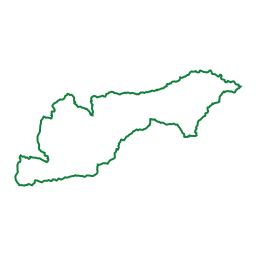 outline of Don Matías, Antioquia, Colombia
{"feature_id": "7082276B48814942020129", "entity_name": "Don Matías", "entity_type": "district", "adm_level": 2, "iso_a3": "COL", "parent_name": "Colombia", "parent_adm1": "Antioquia", "projection": "mercator", "projection_center": [-75.341, 6.502], "detail": "fine", "context": "isolated", "style": "outline", "palette": "green", "viewbox_px": 256, "rotation_deg": 0, "n_neighbors": 0, "source": "geoboundaries", "source_scale": "gbopen_adm2", "svg_char_len": 5734}
<svg xmlns="http://www.w3.org/2000/svg" viewBox="0 0 256 256"><path d="M240.6,86.5L239.4,86.3L238.8,86.1L238.8,85.1L238.3,84.6L236.5,84.5L235.6,84.0L234.3,81.9L233.6,81.3L232.2,81.5L231.3,82.2L230.5,82.2L227.8,80.9L226.8,82.3L225.6,82.1L224.8,81.5L224.7,80.2L223.9,79.7L222.0,79.3L221.1,78.6L221.0,77.7L221.6,76.0L221.5,75.4L221.1,75.0L220.7,74.8L219.9,74.8L219.0,76.4L218.6,76.6L218.0,76.5L215.3,74.3L214.1,74.1L213.0,74.2L212.4,74.0L211.9,73.3L211.4,71.5L210.4,70.4L209.7,70.5L208.2,72.0L206.9,72.4L203.2,71.8L201.9,71.1L200.1,70.5L199.4,71.4L199.4,72.0L198.8,72.4L197.1,72.3L196.2,71.8L195.8,71.1L193.3,71.8L191.5,71.4L190.1,72.3L188.8,74.8L187.3,75.0L185.3,76.5L184.4,76.5L183.6,77.2L182.9,77.3L182.1,77.9L181.7,77.9L180.3,77.3L179.5,80.1L178.8,80.5L178.2,81.1L176.5,81.4L175.8,81.8L174.5,81.4L172.9,81.6L171.9,82.0L170.8,83.5L169.4,83.6L168.8,84.2L167.3,84.0L166.5,85.3L166.7,86.2L164.5,87.1L163.7,88.2L161.3,88.5L159.7,89.4L158.5,89.7L157.6,89.6L157.2,89.7L157.2,90.2L156.8,90.4L155.6,90.3L154.0,91.1L152.7,90.7L151.8,90.7L151.2,91.2L150.5,91.2L150.1,91.7L149.1,91.6L147.7,92.2L146.9,92.2L146.3,92.0L144.3,93.0L142.7,92.3L141.3,92.7L140.6,92.6L138.8,94.3L138.0,93.9L137.1,94.3L136.4,94.3L135.3,93.7L132.7,93.0L131.8,92.9L130.1,93.4L128.6,92.6L127.2,92.6L126.3,93.1L124.8,92.6L123.8,93.1L122.5,93.3L121.8,93.7L121.1,93.7L119.8,94.5L116.2,93.2L114.5,93.1L114.0,92.9L113.6,92.2L111.6,91.7L110.8,92.1L109.3,92.4L108.0,93.6L107.4,93.6L106.2,94.2L106.2,94.9L105.2,96.6L103.6,96.4L103.0,95.8L102.4,95.7L100.5,96.6L99.4,96.6L97.2,97.4L95.5,96.2L94.0,96.0L93.2,96.2L91.3,97.6L91.2,99.2L91.7,100.3L91.6,100.5L91.0,100.6L90.8,101.1L91.5,101.5L91.1,102.3L91.2,102.8L91.9,103.9L92.1,104.6L92.6,105.0L92.0,105.9L92.3,106.4L91.9,108.6L93.0,111.6L92.9,112.5L92.1,113.4L92.7,114.6L92.6,115.4L91.2,115.0L90.5,114.4L89.7,112.0L86.8,109.0L86.2,108.8L86.0,109.1L85.6,109.1L83.9,107.9L82.2,107.8L80.6,106.6L77.8,106.9L76.5,104.7L75.5,104.4L74.3,103.2L74.3,102.7L75.2,102.4L75.1,102.0L74.1,100.9L74.0,100.2L74.2,98.5L74.0,97.5L72.6,95.7L71.6,94.8L69.6,94.9L68.7,94.1L67.5,93.9L67.1,94.9L65.1,96.1L64.5,98.1L63.9,98.8L63.1,99.4L62.4,99.5L59.9,99.5L58.9,100.3L57.9,100.7L56.4,102.4L54.3,103.2L52.6,105.3L52.4,105.9L52.5,106.7L53.7,107.9L53.9,108.6L54.5,109.1L54.7,110.2L54.5,111.1L54.1,111.6L53.0,111.4L52.3,111.7L51.8,111.6L51.6,111.9L51.7,112.6L51.6,113.4L51.8,113.6L51.8,114.5L51.4,115.1L51.9,115.3L52.1,115.8L51.5,118.3L50.7,118.5L50.1,118.1L48.0,117.6L45.7,117.7L45.0,117.0L43.6,116.6L42.8,118.5L41.0,120.7L40.9,123.7L40.4,125.1L39.9,131.6L37.6,136.3L37.5,137.4L37.6,140.8L37.8,142.0L39.0,144.2L39.2,145.4L38.9,147.8L39.2,149.5L40.4,150.3L40.9,151.3L42.3,151.8L43.1,152.4L44.2,152.6L44.7,152.9L44.4,153.7L44.8,154.5L44.7,155.4L45.5,155.9L46.8,155.9L47.7,156.3L47.7,157.2L48.0,157.7L47.5,158.5L48.1,158.8L48.4,159.7L47.7,161.3L47.2,161.3L46.8,162.1L46.2,162.1L44.9,161.0L43.6,160.6L39.5,158.3L37.5,158.3L35.5,157.7L33.9,157.7L32.2,157.4L30.5,156.7L30.1,156.9L30.4,157.3L30.3,157.8L29.7,158.5L28.7,158.9L27.3,157.5L26.5,157.5L25.6,157.8L24.5,156.7L23.8,156.5L22.8,156.8L21.8,156.4L20.7,155.4L19.9,156.6L19.7,158.0L19.7,158.5L20.5,159.0L20.4,160.5L20.0,161.9L19.2,162.0L18.4,162.6L17.4,165.0L17.6,170.8L17.9,172.1L16.0,174.9L15.5,176.2L15.4,177.9L15.9,180.2L18.0,183.5L18.6,183.8L19.3,185.2L22.0,185.1L24.3,185.6L25.0,185.2L27.4,184.9L28.2,184.1L29.7,184.3L32.0,185.3L33.5,183.6L34.8,182.7L34.7,181.1L35.3,180.3L36.8,180.4L39.4,181.5L41.8,182.3L44.1,180.8L47.5,180.7L48.6,180.1L49.1,180.1L50.5,181.0L51.3,181.0L51.9,180.7L52.7,179.5L53.1,179.3L53.9,179.6L54.9,179.5L56.1,180.4L56.7,180.6L58.7,178.5L60.8,179.5L61.3,179.5L63.4,178.5L65.0,177.4L65.7,177.3L66.5,177.7L68.0,177.4L70.4,176.5L74.4,175.8L75.3,175.2L76.7,175.8L78.6,175.6L80.3,176.0L82.7,176.1L84.5,176.9L85.3,176.6L86.5,175.6L87.2,175.4L90.6,175.7L92.0,176.2L93.5,175.8L96.5,173.9L97.4,172.7L97.6,170.9L97.1,169.5L97.5,168.0L97.2,167.0L97.7,166.2L97.7,164.6L99.6,164.8L101.1,164.3L102.6,163.3L105.8,163.2L106.8,163.6L107.7,163.7L108.6,162.0L110.1,160.3L112.1,159.3L113.0,159.1L114.7,157.9L114.9,157.4L114.6,153.1L115.5,152.4L115.9,151.8L116.6,149.0L117.2,149.0L117.8,149.6L118.7,148.1L118.8,147.0L118.3,145.9L119.0,144.8L118.8,143.5L120.1,142.2L121.1,139.6L121.5,139.5L123.1,140.3L124.1,140.2L126.6,136.6L128.1,136.0L128.7,135.2L130.6,133.9L132.0,133.3L133.2,131.3L134.5,131.0L136.5,129.5L137.1,129.5L138.0,130.3L139.7,129.4L141.3,129.8L142.8,129.9L143.7,129.2L144.8,129.1L145.4,128.8L147.3,127.3L148.3,126.0L149.4,125.4L149.9,124.9L149.6,123.9L150.1,123.3L150.3,122.5L150.2,119.5L150.4,119.0L152.6,119.6L153.5,119.4L154.1,119.7L154.5,119.5L154.6,119.9L155.3,119.9L155.7,120.4L158.2,121.9L159.5,121.9L160.5,122.9L162.2,122.6L163.2,122.8L166.5,124.7L170.0,123.9L171.2,124.3L173.2,123.7L174.3,123.9L175.6,124.7L177.5,124.6L178.0,125.8L180.5,128.9L180.7,129.8L181.6,130.9L182.5,132.9L182.9,133.3L183.6,133.5L183.9,133.8L184.1,134.8L184.4,135.3L184.1,136.3L184.4,136.9L187.5,137.0L188.0,136.4L189.0,136.4L189.1,135.6L189.7,135.4L190.2,135.8L190.8,135.7L191.1,135.9L195.1,136.0L196.0,135.8L196.6,135.3L196.3,134.0L196.5,133.0L196.2,132.7L195.2,132.4L195.1,131.7L195.5,130.1L196.5,129.3L196.5,128.7L196.2,128.3L196.1,127.7L196.7,126.1L197.4,125.5L197.7,124.4L197.8,122.0L198.6,120.8L200.5,119.6L203.3,116.7L205.3,115.8L205.3,114.0L205.6,113.2L207.5,112.7L208.2,111.1L207.5,109.3L207.6,107.5L209.2,107.2L209.9,106.2L211.7,104.9L212.5,103.5L213.4,104.0L214.5,103.1L217.8,102.5L219.3,101.7L219.4,101.3L219.1,100.6L219.5,99.9L219.7,96.6L221.4,94.7L222.4,93.1L223.8,91.5L224.0,91.5L224.2,92.0L224.7,92.2L226.1,91.4L226.7,91.2L228.2,91.1L229.9,91.6L231.1,91.3L233.6,92.5L234.4,92.5L235.0,92.2L236.2,89.8L237.2,89.3L237.6,88.6L239.1,88.2L240.6,86.5Z" fill="none" stroke="#15803d" stroke-width="2"/></svg>